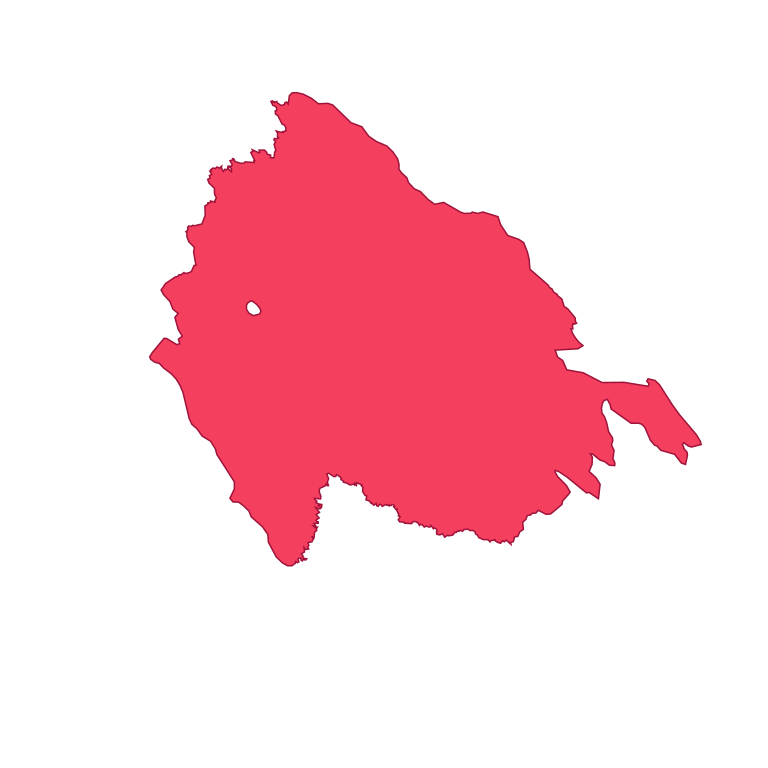 Mwenga, Sud-Kivu, Democratic Republic of the Congo, rotated 313°
{"feature_id": "63176286B33283671139480", "entity_name": "Mwenga", "entity_type": "district", "adm_level": 2, "iso_a3": "COD", "parent_name": "Democratic Republic of the Congo", "parent_adm1": "Sud-Kivu", "projection": "equal_earth", "projection_center": [28.252, -3.387], "detail": "fine", "context": "isolated", "style": "filled", "palette": "rose", "viewbox_px": 768, "rotation_deg": 313, "n_neighbors": 0, "source": "geoboundaries", "source_scale": "gbopen_adm2", "svg_char_len": 6172}
<svg xmlns="http://www.w3.org/2000/svg" viewBox="0 0 768 768"><g transform="rotate(313 384 384)"><path d="M562.7,478.8L564.3,467.1L563.5,462.9L567.4,456.2L567.0,450.5L567.7,449.8L566.9,445.5L568.1,441.9L567.4,439.0L568.3,436.8L567.5,412.4L574.0,405.3L578.2,399.1L582.7,389.7L581.7,383.9L577.0,373.2L580.0,360.8L584.1,353.2L577.2,339.0L572.8,336.3L569.9,331.3L568.2,331.1L563.5,326.4L561.9,322.7L557.5,303.8L550.0,298.5L549.0,290.2L549.6,279.5L547.4,273.0L548.0,264.6L550.4,260.2L550.4,252.5L551.3,248.4L554.9,245.2L558.0,240.3L559.8,232.3L560.0,223.9L556.2,213.2L554.8,203.9L557.0,192.3L552.6,181.7L553.1,156.2L551.0,151.6L544.2,144.9L543.4,135.8L540.9,127.3L537.6,121.5L534.4,118.3L530.4,118.1L523.4,123.0L523.8,120.5L522.3,119.6L520.5,120.6L517.6,118.9L516.8,114.1L517.5,112.9L515.4,112.1L515.7,111.4L514.3,110.5L515.1,110.2L514.9,109.1L513.5,108.6L512.0,112.6L513.0,115.4L512.5,117.3L510.7,119.0L509.5,118.2L507.4,120.5L507.9,123.3L504.6,132.1L505.4,134.9L504.2,137.9L502.1,139.6L501.0,138.6L499.3,138.9L499.4,137.8L497.8,137.0L495.5,132.7L494.9,135.0L492.0,137.6L492.2,139.0L489.7,138.0L488.8,136.3L487.4,137.1L487.4,139.3L484.3,140.2L481.0,145.6L479.2,145.8L474.4,149.2L472.0,146.7L474.1,145.1L472.4,141.7L473.5,140.2L473.6,137.1L469.8,133.1L468.5,135.3L467.8,135.0L465.5,127.9L464.9,129.5L462.5,128.6L459.2,137.1L458.4,136.6L457.4,137.9L451.7,130.9L449.7,130.8L447.6,128.5L445.1,123.4L446.2,120.7L445.6,119.6L444.8,120.6L442.3,119.0L440.9,123.4L439.0,123.7L437.8,122.2L437.5,125.5L435.3,127.6L435.2,123.5L436.3,123.0L436.2,121.8L434.9,122.9L433.1,122.6L432.6,121.2L430.0,121.6L431.1,117.8L432.6,116.7L429.8,116.5L428.8,113.8L426.6,113.7L425.4,111.7L422.6,111.1L421.8,112.3L420.9,111.5L419.8,115.2L417.4,114.1L416.0,116.4L413.4,115.5L411.6,119.0L411.5,126.4L407.3,130.6L405.8,134.5L402.8,135.2L401.9,136.5L399.5,132.3L398.5,133.4L396.4,131.6L395.6,132.5L392.0,131.6L385.6,138.1L376.9,141.7L370.2,137.3L369.7,135.9L368.0,135.6L366.3,133.4L364.5,133.6L362.8,135.7L360.3,135.2L360.1,136.7L357.2,139.6L354.9,144.3L354.6,152.2L350.6,154.8L342.5,165.6L341.2,164.2L334.9,166.4L331.9,165.3L329.2,163.0L329.1,161.7L325.5,161.0L323.9,159.5L322.1,159.8L319.8,158.3L308.6,155.7L300.7,156.9L299.0,162.1L298.3,171.3L294.8,178.5L295.2,185.3L290.1,185.6L283.5,196.4L281.4,203.8L276.5,203.1L274.1,207.2L271.5,205.6L269.0,194.0L267.5,192.0L249.1,193.1L244.1,194.1L242.9,196.6L243.7,201.8L245.8,205.5L245.4,211.9L246.4,221.4L245.9,228.7L243.8,235.9L240.9,242.5L225.7,265.4L223.5,271.0L223.7,277.7L221.9,286.6L223.9,296.2L221.5,305.1L218.5,309.7L210.4,341.3L205.1,346.2L195.4,349.2L194.7,354.0L198.5,358.3L199.1,364.9L199.0,371.8L196.3,377.5L196.7,392.6L194.7,401.7L189.5,407.3L184.1,422.9L183.9,431.6L185.2,437.2L188.2,440.6L192.3,441.4L193.9,440.5L194.1,442.4L195.9,443.1L197.1,440.6L198.2,440.4L199.9,442.1L198.5,443.6L198.9,444.9L200.4,444.7L202.0,446.8L203.4,446.7L201.4,443.4L203.0,442.2L203.3,439.4L207.0,440.4L209.9,437.0L209.6,439.7L212.1,441.4L212.7,439.3L214.5,439.3L216.1,436.6L219.4,438.9L222.7,438.0L223.2,434.8L223.8,437.7L228.3,434.3L231.0,434.7L231.8,433.4L233.8,433.0L232.0,431.6L231.9,428.9L233.6,431.1L234.2,427.9L237.3,430.9L238.4,429.9L237.5,428.4L238.1,427.1L241.8,427.9L242.2,423.4L246.1,424.4L247.0,418.4L248.9,422.3L251.3,422.4L253.5,420.7L252.4,419.1L250.8,420.3L250.3,418.9L252.0,418.4L250.8,415.1L252.5,414.8L252.2,412.2L253.0,411.2L256.6,416.0L258.8,414.5L261.0,410.1L263.9,408.2L269.7,410.6L271.5,410.0L271.1,412.1L271.9,412.7L273.5,409.5L277.0,408.1L279.2,403.5L281.0,404.3L282.1,410.6L283.5,411.8L285.2,411.1L285.8,412.4L286.1,417.0L284.8,417.5L285.3,420.6L284.5,421.3L286.6,425.4L286.4,426.5L287.4,428.5L289.4,429.4L290.1,431.5L291.3,430.4L291.1,432.9L293.1,431.3L295.1,436.7L294.1,436.8L294.0,439.0L290.7,441.8L289.6,446.0L290.3,447.8L287.0,449.8L288.5,453.2L287.9,456.0L288.6,456.0L288.4,459.2L291.2,459.7L290.0,461.6L290.6,463.2L293.1,462.8L293.8,464.5L293.3,466.2L297.1,467.5L297.4,469.1L298.6,469.4L298.2,471.6L299.1,470.5L300.1,472.1L301.4,472.0L302.3,473.9L301.9,475.1L300.8,474.7L300.3,479.0L301.2,479.1L300.1,480.0L298.2,484.6L297.4,484.5L298.0,486.4L294.4,487.0L293.8,489.4L296.6,492.9L296.1,493.9L300.8,499.5L302.6,499.0L304.9,500.7L305.5,503.8L304.8,506.4L306.3,506.3L307.1,508.5L306.8,511.0L308.7,511.7L310.5,515.1L312.7,514.8L311.8,518.8L313.0,518.9L313.7,520.8L312.9,523.2L311.7,523.1L310.1,525.1L311.7,527.8L314.4,528.8L313.3,532.8L317.0,533.8L317.2,535.0L320.6,537.4L323.6,536.9L324.8,538.1L327.2,538.1L327.4,539.3L329.2,539.9L329.8,541.9L332.0,541.7L335.1,544.3L335.4,546.8L337.6,548.9L337.9,551.9L336.7,553.2L337.2,555.5L336.3,558.1L337.9,562.7L341.0,566.2L340.9,569.2L341.8,568.8L345.8,571.4L345.1,571.9L345.6,574.9L347.0,577.9L350.3,577.5L350.5,579.6L353.2,579.9L353.3,586.2L354.4,584.7L356.9,586.1L361.2,583.8L363.8,585.8L368.5,584.1L372.7,585.1L377.4,579.8L381.8,580.1L385.6,578.5L388.1,580.5L390.6,580.6L393.2,583.1L396.8,582.9L399.2,591.3L402.6,594.5L417.2,596.3L420.3,594.4L429.8,594.2L431.9,593.8L434.2,586.6L434.7,574.2L436.4,568.7L437.6,568.3L439.2,571.7L440.8,581.8L442.4,606.2L444.6,608.1L446.3,619.1L458.0,610.5L460.0,603.3L460.0,593.6L467.1,591.0L472.6,586.3L473.6,582.5L475.0,584.2L475.7,593.9L477.7,598.3L478.3,604.2L481.7,608.4L483.7,606.7L485.7,602.2L492.3,597.6L494.6,591.9L498.7,589.9L500.5,587.7L502.3,580.8L507.9,572.7L510.5,567.4L511.3,563.5L514.5,559.6L519.3,556.7L522.1,556.3L525.1,557.8L523.0,563.6L520.6,567.1L523.8,591.5L528.8,596.7L530.3,599.7L530.2,604.3L524.5,617.3L523.8,623.6L524.8,625.7L524.3,631.7L530.8,644.5L529.0,655.4L530.8,659.4L538.9,654.5L540.9,652.0L541.2,648.0L543.5,643.4L545.5,643.3L546.2,648.8L547.6,651.9L556.1,657.3L557.9,654.3L560.0,646.8L563.0,621.4L565.4,609.1L571.4,585.7L571.4,579.7L567.9,573.6L565.3,574.2L564.8,578.0L562.4,578.6L548.9,558.4L533.8,542.5L528.1,522.1L519.0,508.0L523.1,498.6L522.1,492.6L525.5,486.1L542.0,501.8L547.8,503.4L547.5,497.7L548.2,492.8L549.6,487.4L551.9,483.1L553.2,484.5L555.5,481.6L557.1,481.2L557.0,482.0L559.8,483.4L560.2,481.5L562.7,478.8ZM344.8,232.6L347.8,229.7L350.5,229.1L353.6,229.8L354.8,231.2L355.4,236.6L354.6,241.8L353.2,244.4L350.3,245.3L344.9,241.8L343.7,237.0L344.8,232.6Z" fill="#f43f5e" stroke="#9f1239" stroke-width="1.5"/></g></svg>